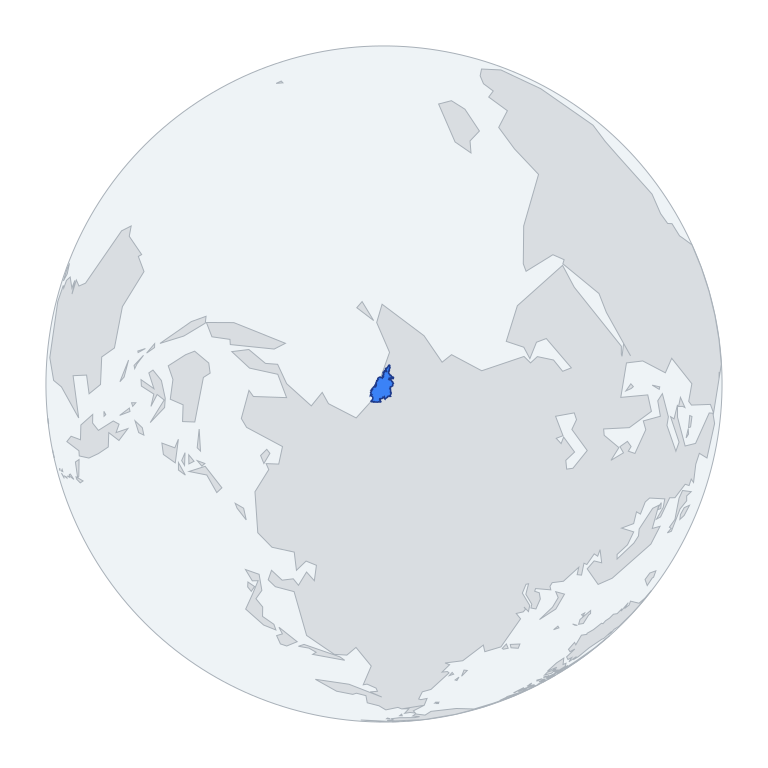 the Earth from above Odisha, rotated 151°
{"feature_id": "IND-2444", "entity_name": "Odisha", "entity_type": "State", "adm_level": 1, "iso_a3": "IND", "parent_name": "India", "parent_adm1": "", "projection": "orthographic", "projection_center": [83.889, 20.172], "detail": "fine", "context": "on_globe", "style": "filled", "palette": "blue", "viewbox_px": 768, "rotation_deg": 151, "n_neighbors": 0, "source": "natural_earth", "source_scale": "10m", "svg_char_len": 15313}
<svg xmlns="http://www.w3.org/2000/svg" viewBox="0 0 768 768"><g transform="rotate(151 384 384)"><circle cx="384" cy="384" r="338" fill="#eef3f6" stroke="#a8b0b8"/><path d="M509.7,70.3L511.8,71.2L527.0,77.9L516.2,73.3L551.4,90.8L567.2,101.4L543.4,86.6L536.5,83.1L544.3,88.3L538.9,86.0L539.6,87.6L532.4,84.7L519.0,77.4L514.1,75.8L519.9,79.7L516.4,80.1L508.6,74.5L501.6,74.9L478.0,65.1L462.8,56.1L443.9,52.0L424.1,48.5L453.2,53.2L481.8,60.5L509.7,70.3ZM383.5,46.1L384.7,46.1L379.9,46.3L374.8,46.2L376.1,46.2L383.5,46.1ZM362.8,46.7L362.6,46.8L358.3,47.1L362.8,46.7ZM539.1,83.9L534.2,81.3L540.8,84.7L539.1,83.9ZM540.9,88.3L544.0,90.0L543.0,90.2L540.9,88.3ZM531.1,86.3L528.6,86.7L528.9,85.0L531.1,86.3ZM525.6,86.0L519.7,87.9L526.1,91.3L504.6,83.5L516.8,83.9L516.1,81.0L520.5,84.1L525.6,86.0ZM389.8,46.1L388.2,46.1L386.6,46.1L389.8,46.1ZM421.8,48.2L425.9,48.8L415.9,47.7L426.3,49.2L415.7,48.5L407.6,47.6L406.3,47.1L403.3,47.3L393.8,46.2L404.2,46.7L421.8,48.2ZM493.7,79.4L490.3,79.1L491.3,78.1L493.7,79.4ZM385.1,46.3L390.1,46.3L395.1,46.8L386.1,46.9L387.4,46.6L385.1,46.3ZM434.2,50.3L436.3,51.1L428.3,50.6L428.1,51.0L415.9,48.6L434.2,50.3ZM383.9,46.6L381.4,47.0L374.8,47.1L380.6,46.3L383.9,46.6ZM400.1,47.0L402.1,47.3L398.1,47.1L400.1,47.0ZM350.1,48.6L355.9,47.9L359.0,48.0L350.1,48.6ZM380.9,47.3L383.2,47.3L385.1,47.4L382.2,47.8L380.9,47.3ZM411.2,48.8L407.4,48.7L415.7,49.7L410.1,49.9L403.0,48.5L403.7,49.2L402.0,49.3L398.1,48.1L411.2,48.8ZM384.8,48.8L373.9,48.0L362.4,48.8L359.4,48.6L378.3,47.4L384.8,48.8ZM393.0,48.4L387.2,48.5L386.3,47.9L389.7,47.5L393.0,48.4ZM408.8,50.7L419.3,50.7L420.5,51.1L408.8,50.7ZM381.7,49.1L384.4,49.4L381.0,49.2L381.7,49.1ZM400.7,50.2L404.2,50.0L405.5,50.4L400.7,50.2ZM386.9,50.3L383.3,49.9L385.5,49.4L386.9,50.3ZM393.3,50.3L394.2,51.0L388.4,49.5L394.7,50.1L393.3,50.3ZM401.3,50.6L403.2,50.8L399.6,50.7L401.3,50.6ZM380.7,52.8L372.8,51.1L377.6,49.8L384.6,51.6L380.7,52.8ZM79.4,237.7L109.8,198.9L108.4,207.9L125.3,216.5L125.9,221.1L114.6,235.0L119.9,267.0L132.5,257.4L146.5,278.7L161.7,284.9L183.4,257.5L158.6,246.6L163.4,230.4L190.6,226.9L213.7,238.2L216.3,232.4L209.4,214.5L222.5,207.2L207.9,207.7L208.0,214.8L198.9,215.8L198.2,209.5L202.9,206.8L198.2,201.6L177.2,217.1L175.1,226.0L157.9,221.8L152.7,236.6L145.2,240.6L151.2,217.4L156.6,210.6L161.3,183.7L154.1,190.1L149.2,216.5L147.2,212.9L137.4,223.5L143.4,212.6L150.7,183.8L140.3,181.0L113.6,201.0L110.5,199.0L114.0,189.2L137.4,162.7L141.8,170.5L150.2,162.7L161.0,147.8L161.4,151.9L166.4,147.3L169.2,150.3L184.7,143.5L189.3,146.0L206.5,133.7L211.2,133.7L199.7,140.6L194.1,147.4L207.0,155.5L212.7,154.2L222.8,145.9L225.1,149.8L233.3,140.9L246.1,142.8L237.3,133.6L249.0,125.3L262.8,121.9L265.0,117.9L242.6,123.7L235.1,127.7L231.1,133.5L209.3,145.0L202.5,144.7L219.4,127.6L211.6,125.7L228.2,114.6L278.6,103.5L293.9,104.9L295.9,123.8L286.0,127.4L280.3,122.1L275.3,134.4L280.6,129.8L282.5,133.5L294.1,127.8L296.0,130.3L303.9,121.1L307.5,123.6L302.5,129.3L322.7,124.5L333.2,128.7L336.9,126.6L337.9,123.1L350.6,131.6L352.7,129.7L349.4,126.1L351.5,120.2L360.2,113.6L364.1,116.9L361.5,119.7L361.9,131.3L354.4,139.2L356.9,140.0L364.4,134.0L363.9,119.7L368.0,114.9L369.7,121.1L369.4,118.4L372.7,117.2L379.6,119.2L378.4,112.4L409.2,97.4L425.6,101.0L423.7,107.5L449.3,103.8L465.9,110.4L462.7,106.7L472.9,103.9L467.9,101.7L467.2,99.8L491.0,94.1L499.7,96.2L506.4,91.7L504.9,90.1L498.8,88.1L504.6,83.5L526.1,91.3L528.6,94.4L540.4,98.1L544.4,105.0L553.2,113.3L550.9,120.2L558.0,126.9L561.8,127.7L574.4,138.3L587.2,159.0L560.2,138.4L537.7,111.3L545.4,121.4L538.7,118.4L538.4,121.9L544.3,129.7L548.0,131.0L531.9,143.5L536.2,167.2L547.9,164.9L558.5,171.6L573.6,201.6L563.3,246.0L577.3,259.4L580.2,268.9L572.7,275.6L568.2,261.8L557.8,257.6L556.4,249.4L542.9,257.1L540.3,245.7L531.0,258.2L538.0,266.9L550.9,263.5L544.0,280.5L561.1,295.5L566.5,315.1L549.1,352.3L526.3,365.0L525.7,371.5L514.9,365.0L503.1,378.5L525.2,412.7L525.5,423.0L505.2,443.9L504.3,436.4L475.8,419.3L472.2,444.0L493.9,463.1L501.4,486.1L485.5,479.7L477.7,459.5L467.5,452.8L469.0,431.5L458.2,400.1L442.1,406.6L442.1,393.7L424.8,367.8L400.9,376.0L363.8,409.0L360.6,441.3L347.0,454.7L325.6,406.8L322.6,374.9L310.7,376.9L292.1,348.2L248.2,340.2L245.6,331.4L236.6,333.6L224.1,322.8L221.6,308.5L212.3,307.3L220.0,345.1L230.4,346.6L244.1,335.5L243.9,348.4L256.4,362.0L229.4,387.8L170.3,401.2L170.7,376.4L158.1,301.9L161.9,295.2L162.1,294.4L162.4,292.8L154.8,303.2L154.7,289.1L154.8,338.8L152.1,358.9L169.3,402.4L166.2,405.4L173.6,415.2L205.1,413.7L203.9,421.6L185.2,454.5L147.2,492.4L155.9,526.4L159.3,552.8L143.6,563.2L153.3,584.2L146.4,587.3L151.4,598.4L150.5,606.9L146.0,612.2L129.5,602.0L121.9,591.4L103.7,566.2L75.7,509.0L72.9,488.7L68.7,469.4L57.5,420.1L59.5,398.9L58.1,386.9L54.4,384.6L53.7,370.3L52.1,367.1L47.2,356.4L50.1,331.8L54.8,307.5L61.3,283.7L69.5,260.4L79.4,237.7ZM88.3,226.4L85.0,232.1L88.3,226.4ZM231.6,266.5L249.6,272.6L252.5,252.0L259.7,253.0L258.0,246.0L252.6,250.5L250.3,232.1L262.0,229.1L265.5,221.0L259.6,218.7L238.5,227.3L241.7,253.2L232.9,259.5L231.6,266.5ZM190.9,122.1L188.0,126.1L181.4,130.3L175.6,129.8L185.2,123.5L190.9,122.1ZM185.6,131.2L204.0,115.9L208.4,116.4L202.8,118.5L203.8,120.4L195.2,124.5L181.3,141.1L174.5,146.1L167.5,140.9L173.5,139.4L175.9,135.1L185.6,131.2ZM243.4,84.3L251.5,80.1L250.5,86.4L243.1,89.8L236.8,88.8L241.9,84.3L243.4,84.3ZM337.2,49.3L350.2,47.8L369.3,46.4L373.4,46.6L371.2,47.1L367.2,47.4L365.8,47.0L361.5,47.8L356.4,47.6L352.6,48.3L325.5,51.3L327.7,50.9L309.3,54.5L308.8,54.6L337.2,49.3ZM267.5,66.8L278.8,62.9L296.1,58.1L301.7,57.9L306.1,56.2L310.1,55.9L304.9,57.3L315.2,54.9L317.1,55.2L332.5,53.8L346.3,51.3L352.2,51.1L347.8,52.3L356.9,51.4L352.5,53.7L356.7,53.9L356.6,56.8L345.6,59.7L351.1,59.7L351.3,62.5L342.6,65.6L342.7,62.9L333.1,68.6L328.0,66.7L327.3,67.5L319.9,67.6L309.7,69.3L308.7,68.2L305.1,69.5L300.2,69.9L295.0,71.4L291.4,70.1L284.7,72.1L286.8,70.4L276.3,74.3L282.5,71.0L276.7,71.9L273.7,74.6L267.2,68.6L259.7,70.2L249.9,73.9L258.8,70.1L267.5,66.8ZM380.2,53.6L368.3,56.4L359.6,57.1L363.4,51.9L360.2,51.5L362.4,49.2L374.9,48.5L373.1,49.1L374.3,49.7L369.9,49.6L374.3,50.1L372.1,51.1L374.9,51.9L370.2,52.5L380.2,53.6ZM132.2,217.5L133.7,219.7L137.3,221.5L131.2,228.6L132.2,217.5ZM136.7,197.8L138.8,198.2L131.9,208.2L130.4,206.3L136.7,197.8ZM145.9,190.4L139.5,197.5L142.0,192.5L145.9,190.4ZM202.3,140.9L205.3,141.3L203.3,143.5L199.0,145.8L202.3,140.9ZM313.1,85.7L314.6,83.1L316.9,82.8L325.8,77.9L330.3,79.5L326.7,83.0L313.1,85.7ZM175.8,260.7L168.0,264.5L167.2,260.8L170.1,260.2L175.8,260.7ZM145.9,245.9L150.0,253.0L144.2,247.8L145.9,245.9ZM319.5,86.5L322.7,84.2L323.0,86.5L319.5,86.5ZM334.0,80.5L335.4,82.7L331.9,79.1L334.0,80.5ZM326.4,696.4L332.6,699.2L327.0,698.8L326.4,696.4ZM204.5,561.2L200.5,602.4L187.7,599.1L180.0,585.1L177.9,559.0L190.9,554.9L195.9,543.9L204.5,561.2ZM575.5,530.7L583.8,530.7L583.3,532.2L575.5,530.7ZM567.0,527.1L576.7,526.1L565.0,530.5L567.0,527.1ZM580.4,525.7L590.3,521.3L594.6,518.3L593.6,521.4L580.4,525.7ZM560.3,528.1L522.3,532.0L506.8,529.5L510.8,523.9L535.8,523.0L560.3,528.1ZM509.5,523.9L485.6,510.5L450.5,467.4L463.1,467.8L499.3,493.0L497.1,497.7L511.6,508.7L509.5,523.9ZM566.4,490.3L563.9,504.5L543.3,505.8L533.7,504.5L527.1,487.3L530.8,477.8L538.8,477.3L567.9,442.5L578.4,448.8L569.8,463.2L578.3,474.3L566.4,490.3ZM362.3,444.5L370.8,463.9L363.2,466.7L362.3,444.5ZM578.3,418.8L567.5,434.2L577.0,414.3L578.3,418.8ZM583.1,400.5L584.5,407.5L579.2,401.3L583.1,400.5ZM526.6,381.3L518.2,383.7L517.4,378.7L527.6,372.7L526.6,381.3ZM570.4,331.9L572.7,346.6L572.0,351.8L567.0,343.4L570.4,331.9ZM362.2,102.6L344.8,107.1L335.2,112.7L334.5,119.1L328.0,112.7L342.8,103.9L362.2,102.6ZM403.0,97.3L403.5,92.7L408.2,94.2L408.8,95.4L403.0,97.3ZM399.8,95.0L391.2,90.7L394.7,87.8L400.8,91.7L399.8,95.0ZM354.8,86.9L349.3,87.9L349.2,85.9L354.8,86.9ZM600.6,642.0L607.7,633.9L614.4,629.6L605.4,638.4L600.6,642.0ZM596.2,616.9L539.2,645.2L528.5,644.8L535.2,636.7L533.2,614.7L537.0,614.7L539.4,598.7L575.3,578.5L602.3,546.2L617.8,544.5L632.2,521.0L646.7,518.4L639.8,536.0L651.9,542.0L667.5,502.3L667.5,537.9L671.2,547.3L663.5,569.1L629.4,614.2L616.7,625.7L617.6,623.2L611.4,628.6L606.6,629.7L610.5,619.2L604.2,624.5L613.3,613.9L602.7,624.1L603.3,617.6L596.2,616.9ZM694.6,517.0L696.6,511.8L696.8,511.7L696.2,513.4L694.6,517.0ZM706.0,486.6L705.8,487.0L706.8,483.9L706.4,485.3L706.0,486.6ZM706.9,483.5L708.2,479.0L707.1,483.0L706.9,483.5ZM708.4,467.7L709.3,465.1L709.3,466.4L708.4,467.7ZM595.8,528.8L607.9,516.1L613.9,514.0L595.8,528.8ZM708.3,464.3L706.9,465.4L707.4,463.1L708.3,464.3ZM709.1,459.3L709.4,456.4L709.3,462.5L709.1,459.3ZM706.9,455.4L708.3,458.9L706.6,456.2L706.9,455.4ZM705.6,457.1L704.2,456.0L704.4,455.0L705.6,457.1ZM683.2,473.5L689.3,487.4L683.0,490.0L676.5,482.4L669.0,495.1L653.5,498.6L657.8,491.1L656.3,481.9L638.7,482.9L635.2,477.3L641.9,471.4L629.6,469.2L643.2,463.1L648.3,474.9L655.7,462.6L667.5,461.6L678.0,462.3L685.4,468.8L683.2,473.5ZM642.2,492.1L644.5,491.5L642.2,495.9L642.2,492.1ZM701.5,450.9L703.5,455.6L703.1,457.4L702.0,457.3L701.5,450.9ZM687.3,465.8L695.7,451.2L697.4,450.5L691.7,465.4L687.3,465.8ZM694.2,445.1L697.6,444.8L699.0,450.0L698.3,452.1L694.2,445.1ZM614.6,486.3L613.9,490.0L610.2,487.9L614.6,486.3ZM619.5,483.1L630.4,484.7L618.4,486.4L619.5,483.1ZM584.0,476.6L587.5,484.8L598.7,477.4L590.2,486.8L597.2,499.8L594.4,505.6L587.5,491.4L584.3,507.7L579.3,508.2L577.0,495.0L582.3,477.5L587.3,469.8L607.2,463.6L584.0,476.6ZM619.6,472.5L616.6,462.9L618.8,455.7L622.1,460.4L619.6,472.5ZM606.9,440.0L597.9,429.6L590.6,435.4L604.8,416.2L611.1,429.3L606.9,440.0ZM598.1,415.1L591.3,420.4L597.9,409.5L598.1,415.1ZM589.1,416.7L587.6,408.5L593.4,408.7L589.1,416.7ZM601.9,414.9L601.9,400.6L605.5,408.4L601.9,414.9ZM583.1,390.3L596.9,402.0L580.3,398.7L576.1,371.8L582.9,370.1L583.1,390.3ZM599.0,276.8L595.4,269.6L600.6,267.0L601.6,272.6L599.0,276.8ZM614.1,254.2L600.8,264.0L589.5,273.0L594.6,275.7L595.1,288.9L585.5,278.1L590.9,262.7L600.1,258.3L598.2,247.8L602.9,239.6L596.8,227.2L597.8,221.3L606.1,231.5L614.1,254.2ZM593.8,222.2L584.9,200.7L596.1,202.0L600.6,206.9L599.9,216.0L594.0,214.7L593.8,222.2ZM586.0,196.1L580.2,195.0L554.9,166.8L552.3,161.4L577.5,182.1L573.4,182.3L577.7,189.4L586.0,196.1ZM493.1,80.7L490.5,79.2L494.3,80.3L493.1,80.7ZM464.2,98.7L463.8,96.4L468.3,97.3L464.2,98.7ZM465.3,90.7L460.5,91.3L464.0,89.3L465.3,90.7ZM450.1,93.1L457.8,90.8L452.7,95.0L450.1,93.1Z" fill="#d9dde1" stroke="#a8b0b8" stroke-width="1"/><path d="M403.7,375.3L402.9,375.6L402.7,375.7L402.2,375.7L401.7,375.9L401.4,376.1L400.6,377.0L400.4,377.5L400.2,377.9L400.3,378.5L401.0,380.1L400.9,380.3L400.7,380.2L400.5,380.3L401.1,380.4L401.2,380.6L400.9,380.7L401.1,380.8L401.4,380.7L401.2,381.0L400.7,381.2L399.8,382.0L399.7,382.3L399.7,382.7L399.9,382.5L400.0,382.6L400.1,382.3L399.9,382.9L399.5,383.1L399.8,383.0L399.2,383.5L398.5,383.7L398.4,383.8L398.3,384.3L397.9,384.8L398.1,384.9L397.9,385.0L397.6,384.9L397.2,384.5L396.9,384.5L396.6,384.3L396.6,384.1L396.6,384.5L397.0,384.7L397.3,384.8L397.4,385.0L397.8,385.1L397.2,385.4L396.2,385.9L395.9,385.9L394.9,386.2L394.5,386.3L394.2,386.4L393.6,386.6L393.2,386.8L392.7,387.0L392.7,386.8L392.5,386.7L393.1,386.5L393.4,386.5L393.3,386.4L393.3,385.7L392.8,385.6L392.6,385.6L391.9,386.2L391.7,386.3L391.4,386.5L391.3,386.9L391.2,386.9L391.1,387.1L391.0,387.4L390.9,387.5L391.0,387.6L390.9,387.6L390.7,387.8L390.8,387.9L390.9,388.1L391.0,387.9L391.3,387.8L391.3,387.6L391.5,387.6L391.2,387.5L391.4,387.5L391.5,387.3L391.5,387.2L391.9,387.1L392.1,386.9L392.3,386.9L392.4,387.1L392.0,387.4L392.0,387.2L391.9,387.2L391.9,387.4L391.9,387.5L392.0,387.5L393.4,386.8L392.0,387.5L391.2,388.1L390.6,388.7L390.2,389.0L389.5,389.6L389.0,390.2L388.9,390.0L388.5,390.0L388.4,390.0L388.4,390.4L388.2,390.3L387.8,390.5L387.5,390.7L387.2,390.7L387.3,390.9L387.2,391.0L387.0,391.5L386.8,391.5L386.6,391.9L386.4,392.0L386.0,392.1L385.5,392.2L385.0,392.0L384.6,392.0L384.1,392.1L383.8,391.7L383.5,390.9L383.3,390.9L383.2,390.9L383.2,391.0L383.2,391.3L383.0,390.8L382.6,390.5L382.5,390.1L382.4,390.2L382.3,390.4L382.1,390.6L381.9,390.9L381.8,390.6L381.6,390.5L381.6,390.8L381.6,391.0L381.4,391.1L380.9,390.9L380.7,391.0L380.9,391.3L381.0,391.5L381.2,391.8L380.9,392.0L380.5,392.3L380.2,392.4L379.9,392.3L379.7,392.3L379.4,392.8L379.2,393.0L379.2,393.3L379.3,393.6L379.5,393.6L379.2,394.1L379.3,394.3L379.2,394.5L378.8,394.7L378.5,394.7L378.4,394.7L378.3,394.4L378.0,394.2L377.9,394.3L377.8,394.6L377.7,394.8L377.2,395.1L377.1,395.4L376.7,395.4L376.7,395.1L376.8,394.9L376.7,394.7L376.4,394.4L376.2,393.8L375.9,393.7L375.7,394.0L375.5,394.3L375.5,394.6L375.4,394.9L375.4,395.0L375.2,395.6L375.4,395.9L375.3,396.1L375.3,396.4L375.3,396.5L375.0,396.5L374.8,396.8L374.4,396.8L374.1,396.5L373.9,396.5L373.6,396.5L373.4,396.7L373.0,396.7L372.4,397.1L371.9,397.3L371.7,397.5L371.0,397.9L370.7,397.7L370.5,398.0L370.0,397.8L370.0,397.4L370.3,397.4L370.3,397.1L370.5,396.9L370.5,396.4L370.6,396.2L370.8,395.8L370.7,395.5L370.9,395.2L371.4,395.0L371.6,394.8L371.9,394.7L372.3,394.1L372.6,393.9L372.8,393.6L373.1,393.4L373.1,393.2L372.9,393.1L373.1,392.9L373.4,392.6L373.8,392.5L374.0,392.2L374.2,392.4L374.3,392.1L374.4,391.6L374.5,391.5L374.7,391.4L374.7,390.8L374.6,390.5L374.6,390.3L374.4,390.1L374.4,389.9L374.3,389.5L374.3,389.3L374.4,389.0L374.2,388.8L374.4,388.6L374.3,388.4L374.1,388.3L374.0,388.0L373.7,387.9L373.7,387.1L373.7,386.8L373.7,386.3L373.6,386.2L373.3,386.2L373.1,385.8L372.6,385.5L372.5,385.3L372.5,385.1L372.8,384.7L373.0,384.6L373.2,384.3L373.6,384.7L373.7,384.9L373.8,384.9L373.9,384.6L374.0,384.6L374.4,384.9L374.4,385.1L374.7,385.1L375.1,385.9L375.2,386.0L375.4,385.7L375.5,385.7L376.2,385.7L376.4,385.9L376.7,385.9L376.7,386.4L376.8,386.3L377.5,385.9L377.3,385.6L377.4,385.2L377.2,385.0L376.9,385.1L376.7,384.9L376.3,384.8L375.8,384.6L375.8,384.4L376.0,384.0L375.9,383.2L375.9,382.3L375.7,382.3L375.7,382.0L375.4,381.8L375.6,381.0L375.5,380.6L375.5,379.9L375.8,379.8L375.8,380.0L376.1,379.9L376.4,379.5L376.7,379.4L376.9,378.9L377.1,378.6L377.1,378.3L377.2,378.2L377.8,378.2L378.0,378.2L378.9,378.0L379.3,378.3L379.5,378.4L379.9,378.4L380.1,378.3L380.2,378.1L380.4,377.6L380.5,377.4L380.5,377.1L380.8,377.0L381.1,377.1L381.3,377.0L381.2,376.8L381.0,376.5L380.9,376.2L381.1,375.7L381.6,374.7L381.7,374.4L381.8,374.3L382.0,374.2L382.3,373.7L382.0,373.5L381.9,373.4L382.0,373.1L382.3,372.9L382.1,372.6L382.6,372.0L383.1,371.7L383.7,371.2L384.2,371.1L384.4,371.0L384.5,370.8L384.6,370.6L384.6,370.4L384.4,370.1L384.6,370.1L385.0,370.3L385.4,370.9L385.6,371.1L385.9,371.1L386.3,371.3L386.9,371.3L387.3,371.0L387.4,370.8L387.4,370.7L388.6,370.7L388.8,370.6L389.0,370.6L389.6,370.7L389.8,370.6L390.0,370.5L390.4,370.2L390.6,370.9L390.6,371.2L390.6,371.5L390.3,371.9L390.0,372.6L390.3,372.5L390.6,372.5L391.1,372.8L391.3,373.0L391.8,372.4L392.3,372.2L392.5,372.2L393.1,372.5L393.8,372.7L394.2,372.6L394.4,372.4L394.4,372.5L394.3,373.0L394.6,373.2L394.9,373.2L395.1,373.0L395.4,372.5L395.4,372.4L395.5,372.0L395.3,371.7L395.5,371.4L395.5,371.2L395.4,370.7L395.2,370.4L395.2,370.2L395.5,370.1L395.6,369.9L395.8,369.9L396.1,370.2L397.1,370.7L397.5,371.2L398.2,371.1L398.8,371.5L399.1,371.7L399.3,371.8L399.4,372.0L399.7,372.1L400.1,372.4L400.4,372.4L400.8,372.6L401.0,372.8L401.0,373.0L401.0,373.3L401.2,373.6L401.3,373.6L401.5,373.4L401.7,373.2L402.1,373.3L402.3,373.8L402.4,374.1L403.3,374.3L403.4,374.8L403.7,375.3Z" fill="#3b82f6" stroke="#1e3a8a" stroke-width="1.5"/></g></svg>